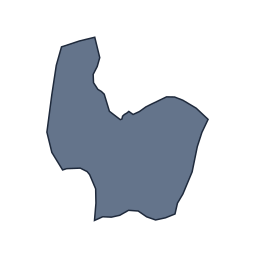 SVG path tracing the border of Osmaniye, rotated 346°
{"feature_id": "TUR-4842", "entity_name": "Osmaniye", "entity_type": "Province", "adm_level": 1, "iso_a3": "TUR", "parent_name": "Turkey", "parent_adm1": "", "projection": "equal_earth", "projection_center": [36.291, 37.313], "detail": "fine", "context": "isolated", "style": "filled", "palette": "slate", "viewbox_px": 256, "rotation_deg": 346, "n_neighbors": 0, "source": "natural_earth", "source_scale": "10m", "svg_char_len": 778}
<svg xmlns="http://www.w3.org/2000/svg" viewBox="0 0 256 256"><g transform="rotate(346 128 128)"><path d="M117.7,31.9L117.6,52.9L113.0,60.9L107.2,67.5L105.5,75.7L108.1,83.2L111.0,86.1L113.1,89.4L114.0,107.3L122.5,118.0L124.3,117.8L125.6,115.2L127.8,114.0L130.3,113.3L132.8,112.1L136.2,116.1L143.0,114.8L150.6,111.8L156.5,110.5L172.9,107.1L180.7,109.2L187.9,114.3L198.9,125.2L207.8,139.0L198.6,150.2L190.7,162.9L179.6,186.1L165.3,205.3L157.8,212.9L152.8,222.8L142.7,224.2L132.5,223.9L124.6,218.7L117.8,211.0L108.6,208.0L98.9,210.7L90.4,210.5L82.0,208.0L73.1,209.6L78.7,193.2L81.9,179.2L79.5,164.0L77.8,160.4L72.0,155.4L58.6,152.6L54.4,152.9L48.2,133.3L48.3,112.4L62.0,77.6L73.6,49.8L83.1,33.2L102.0,31.8L117.7,31.9Z" fill="#64748b" stroke="#1e293b" stroke-width="1.5"/></g></svg>